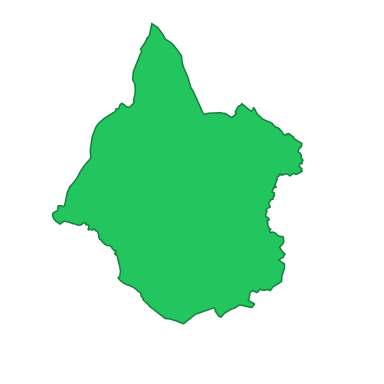 Wachirabarami, Phitsanulok, Thailand, rotated 122°
{"feature_id": "78962969B59938100637315", "entity_name": "Wachirabarami", "entity_type": "district", "adm_level": 2, "iso_a3": "THA", "parent_name": "Thailand", "parent_adm1": "Phitsanulok", "projection": "robinson", "projection_center": [100.102, 16.525], "detail": "fine", "context": "isolated", "style": "filled", "palette": "green", "viewbox_px": 384, "rotation_deg": 122, "n_neighbors": 0, "source": "geoboundaries", "source_scale": "gbopen_adm2", "svg_char_len": 6027}
<svg xmlns="http://www.w3.org/2000/svg" viewBox="0 0 384 384"><g transform="rotate(122 192 192)"><path d="M94.5,123.6L92.6,124.7L92.7,131.6L92.6,134.6L91.9,134.6L91.6,134.8L91.2,140.6L91.2,141.1L92.6,141.2L92.3,142.3L92.5,142.5L94.6,143.2L94.8,143.5L94.6,145.1L94.3,145.4L93.2,147.9L92.7,148.6L92.6,150.9L91.9,151.3L92.2,154.1L92.5,155.6L92.4,156.9L91.9,158.9L91.2,160.7L92.4,168.0L92.6,171.2L92.5,172.4L91.9,174.1L91.7,176.3L91.3,177.8L90.1,180.1L88.0,183.4L88.0,184.4L90.7,184.1L92.0,184.2L92.0,187.1L91.1,192.9L90.7,196.6L93.3,196.8L93.9,197.7L96.4,198.2L98.8,197.9L100.5,198.0L100.9,197.0L101.8,197.2L102.3,196.0L104.1,196.4L107.9,198.0L107.7,202.8L107.9,205.6L107.9,205.9L108.2,206.0L109.0,207.9L109.6,209.9L113.3,215.1L116.2,219.5L119.6,222.7L119.5,223.5L119.1,224.9L118.4,225.7L106.4,243.6L105.2,245.8L104.7,247.1L103.9,248.4L96.8,256.5L90.1,266.1L86.7,269.5L82.8,272.5L82.1,273.4L81.1,275.1L80.2,277.4L77.3,285.4L76.6,288.2L76.5,291.3L76.5,295.7L73.9,300.0L70.6,308.3L70.5,315.3L80.9,311.4L82.1,311.1L82.8,311.1L85.6,311.8L85.8,311.3L86.6,311.4L90.8,311.0L98.2,311.4L99.3,309.4L99.5,309.1L103.7,308.7L121.2,305.5L124.8,303.6L126.6,302.8L128.5,301.4L129.2,300.4L130.2,298.4L131.7,296.9L136.6,293.5L140.8,291.6L142.5,291.2L143.6,290.7L144.5,290.5L146.0,289.4L146.5,288.8L149.2,288.9L153.7,290.1L153.9,290.3L154.5,294.5L154.0,294.9L153.9,298.5L154.8,298.8L155.6,299.3L158.5,298.8L159.5,298.4L159.8,298.4L160.6,298.9L161.8,300.5L163.2,299.6L164.6,299.9L176.2,305.5L182.4,307.4L185.3,307.8L188.3,307.8L195.6,306.4L198.2,305.8L199.4,305.3L210.4,300.5L216.9,295.8L226.1,297.2L232.9,297.6L239.8,297.0L244.7,297.1L252.3,298.4L258.3,297.6L269.7,293.3L271.7,293.0L272.3,293.2L273.8,297.1L274.2,297.8L274.6,298.1L275.3,297.9L277.8,296.7L278.7,296.4L279.5,296.4L279.8,296.5L280.7,297.2L281.5,297.7L283.1,298.5L284.2,298.6L285.0,298.2L286.5,296.9L287.7,295.6L288.3,294.5L288.4,293.5L289.0,291.7L288.8,289.3L289.2,288.7L289.3,288.2L289.2,287.4L289.0,286.9L288.6,286.5L287.1,286.2L285.5,285.4L284.5,284.8L284.0,284.0L282.3,278.2L282.1,276.5L281.6,275.6L281.1,274.1L280.6,271.1L280.0,270.4L279.6,269.6L278.8,269.2L278.4,268.5L277.9,268.3L277.4,268.2L276.6,267.7L275.9,267.6L275.4,267.3L275.1,267.0L275.0,266.4L274.5,265.7L274.8,265.3L275.5,264.9L276.0,264.8L276.1,264.7L276.0,264.4L275.5,264.1L275.4,263.4L275.0,262.8L275.2,262.2L275.7,261.4L277.1,260.6L278.6,260.4L278.9,260.2L279.0,259.9L278.8,259.5L278.0,258.9L277.0,256.1L276.6,255.9L275.7,256.0L275.4,255.9L275.3,254.7L275.7,253.7L275.9,253.1L275.4,251.6L276.0,250.9L276.8,249.5L277.5,248.9L278.3,248.0L279.4,247.6L279.8,247.1L280.2,246.1L281.1,245.5L281.0,244.0L280.6,242.9L280.8,242.6L281.4,242.4L281.7,242.2L282.1,240.5L282.1,239.1L282.5,238.4L282.5,238.1L282.3,237.0L282.4,235.6L281.3,233.9L280.9,232.6L281.4,231.8L281.3,230.7L282.2,229.9L282.2,228.8L282.8,227.8L282.8,227.4L282.4,226.9L282.6,226.3L282.3,225.5L282.4,225.1L282.8,225.0L283.2,225.4L283.5,225.3L283.7,225.1L283.7,224.5L284.0,224.3L284.4,224.4L284.9,224.9L285.3,224.6L285.4,223.9L285.8,223.5L285.4,222.8L285.5,222.1L285.7,221.8L293.7,213.6L296.6,211.1L297.8,210.3L299.7,209.6L300.6,209.1L301.6,208.7L302.1,208.7L304.0,209.2L304.8,206.9L305.3,204.4L305.4,202.4L305.4,199.3L304.4,195.1L303.9,191.1L304.3,187.1L304.6,186.1L304.9,182.2L307.5,179.5L308.1,176.9L308.3,176.8L309.1,176.7L309.3,176.5L310.8,168.7L311.2,168.1L311.4,167.5L313.5,147.9L312.9,146.4L311.9,144.7L311.5,143.8L309.9,137.9L308.3,129.4L293.9,124.3L278.4,111.9L279.9,109.9L280.5,108.7L281.0,108.7L281.9,106.3L282.7,104.6L283.1,103.4L282.8,101.1L277.9,100.2L276.7,99.7L270.8,96.8L267.7,94.2L263.1,92.1L262.2,90.9L261.7,89.8L258.8,81.1L258.1,80.0L254.0,79.5L253.7,81.1L254.1,83.9L253.9,85.9L253.9,87.0L251.3,87.4L248.2,88.8L246.1,89.5L243.3,88.1L243.3,85.8L242.9,83.8L240.8,82.9L239.4,83.0L238.2,82.4L238.1,81.3L237.7,79.6L236.4,77.8L234.5,76.3L234.6,75.4L234.4,74.8L234.1,74.6L234.2,73.3L229.7,73.1L228.9,72.9L223.2,69.8L220.5,68.7L218.3,69.7L216.1,71.1L208.3,73.0L205.5,74.4L204.1,75.4L204.0,75.5L204.1,78.5L204.0,79.7L203.4,82.5L198.8,79.9L198.5,80.1L197.1,80.3L195.4,80.1L194.7,83.5L192.6,88.4L187.5,87.5L185.5,87.8L182.1,90.4L181.9,90.6L182.2,91.2L182.2,91.5L182.0,92.2L182.6,93.0L183.5,95.5L183.5,96.7L182.7,98.6L182.8,100.0L183.3,102.6L183.8,103.1L185.2,103.8L185.0,104.2L183.9,105.7L181.9,105.5L182.2,106.8L181.4,107.6L180.8,109.6L179.4,110.4L178.6,111.4L178.1,111.2L176.7,113.1L176.1,113.0L175.5,112.1L174.2,112.0L173.8,113.1L173.6,114.2L173.6,115.3L173.8,116.3L173.5,116.6L172.8,117.1L170.6,117.9L168.8,118.1L168.1,119.5L167.1,119.5L165.9,119.3L164.7,118.8L164.2,118.0L163.2,117.8L162.8,118.0L161.6,120.3L160.7,121.0L159.4,120.8L158.2,121.2L157.3,121.0L156.7,120.7L156.2,120.9L155.4,119.8L155.2,119.6L154.5,120.2L153.1,120.3L152.5,120.1L151.9,120.4L151.2,120.2L150.7,121.2L149.6,121.4L149.2,121.6L149.0,122.6L149.5,123.5L149.6,124.0L148.7,124.6L147.0,124.5L146.1,125.2L145.8,125.1L145.3,124.7L144.3,125.0L144.2,124.8L144.6,124.4L144.6,124.1L143.8,124.0L143.6,123.5L143.3,123.2L143.1,123.4L143.2,123.8L142.8,124.2L143.0,124.7L142.9,125.0L142.3,124.9L142.1,125.4L141.8,125.5L141.1,125.4L140.5,125.9L140.2,125.8L139.3,125.7L139.0,125.9L138.6,126.3L137.9,126.2L136.9,126.5L136.4,126.2L135.1,127.5L134.3,127.7L134.1,127.7L133.4,127.1L132.6,127.1L132.2,126.7L131.6,127.3L131.1,127.4L130.1,127.0L129.9,126.6L130.0,126.2L130.5,125.5L130.4,124.8L129.7,124.4L129.0,124.4L128.9,123.8L128.7,123.4L127.4,122.4L126.4,120.9L126.1,119.5L126.6,118.1L126.3,117.4L125.6,117.0L124.1,116.7L122.6,116.1L122.4,115.7L122.2,114.0L122.1,113.4L121.9,113.1L121.2,112.8L120.9,112.1L117.7,110.5L116.7,109.8L116.1,109.6L115.8,109.9L115.6,110.9L115.4,111.3L115.1,111.4L114.5,111.0L114.1,111.1L113.8,112.3L113.5,114.9L113.3,115.0L111.6,115.1L110.7,115.3L109.5,113.7L108.8,114.3L108.3,114.9L106.8,114.6L106.2,114.7L105.7,116.2L105.0,117.6L104.3,118.0L103.1,118.3L102.8,118.8L102.3,120.2L101.9,120.5L101.6,122.1L101.6,123.4L101.5,123.6L100.1,123.9L98.3,123.8L97.2,124.1L96.7,124.0L96.7,123.6L95.6,123.3L94.5,123.6Z" fill="#22c55e" stroke="#15803d" stroke-width="1.5"/></g></svg>